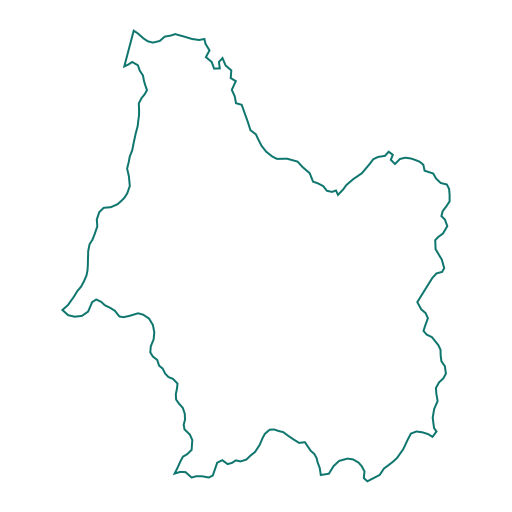 the district of Mogi Mirim, São Paulo, Brazil
{"feature_id": "56859067B62614874395589", "entity_name": "Mogi Mirim", "entity_type": "district", "adm_level": 2, "iso_a3": "BRA", "parent_name": "Brazil", "parent_adm1": "São Paulo", "projection": "robinson", "projection_center": [-46.995, -22.438], "detail": "fine", "context": "isolated", "style": "outline", "palette": "teal", "viewbox_px": 512, "rotation_deg": 0, "n_neighbors": 0, "source": "geoboundaries", "source_scale": "gbopen_adm2", "svg_char_len": 3211}
<svg xmlns="http://www.w3.org/2000/svg" viewBox="0 0 512 512"><path d="M174.6,473.6L180.1,471.9L185.5,472.1L191.6,477.5L196.5,476.2L202.3,476.3L208.8,477.5L212.8,475.5L215.0,469.1L217.2,462.7L222.3,460.2L227.6,464.1L232.0,462.9L235.7,460.4L240.6,461.4L246.3,459.6L250.5,455.6L255.0,452.0L259.6,445.0L262.7,437.8L264.9,433.8L269.7,429.7L274.2,429.5L278.6,431.0L283.2,432.1L288.6,436.1L294.3,439.9L299.1,442.9L304.9,442.2L310.8,450.9L314.2,453.8L316.6,458.1L317.7,462.7L319.7,467.8L320.8,475.0L328.9,473.7L333.5,466.2L339.1,460.9L347.5,458.6L353.0,459.4L358.6,462.6L361.7,466.2L364.5,471.4L363.8,478.1L367.4,481.3L379.7,474.9L383.9,468.6L389.5,464.4L393.0,461.7L397.1,457.9L403.3,449.1L407.7,439.7L410.9,433.6L416.4,431.5L422.3,432.3L428.1,434.1L432.5,436.8L436.5,431.5L434.0,427.9L432.7,417.6L434.2,408.9L437.6,401.1L436.3,393.4L435.9,388.0L439.1,382.3L443.3,378.4L445.9,373.7L444.9,366.3L441.4,361.2L440.7,355.8L440.5,349.7L438.3,345.1L431.9,337.1L426.7,334.6L423.5,330.9L425.2,325.6L427.9,318.2L425.6,313.1L421.2,309.3L417.3,302.1L432.3,278.0L436.5,273.4L442.1,271.9L444.2,268.1L441.8,259.6L439.2,255.3L435.6,249.2L435.2,240.2L438.3,236.9L442.9,233.6L447.3,226.1L444.9,219.5L441.4,216.1L442.7,211.1L446.2,206.5L449.6,201.4L449.6,194.9L449.1,189.0L446.9,184.5L440.7,183.0L436.1,178.6L433.2,173.5L424.6,170.7L423.3,164.7L419.6,161.7L414.6,159.7L410.5,158.4L405.2,157.7L399.9,159.0L395.0,164.0L390.8,159.8L392.8,154.8L388.7,151.7L384.9,155.9L378.2,156.9L373.3,159.2L369.4,164.3L361.9,173.2L353.3,179.1L346.4,185.0L343.3,189.3L338.0,194.9L336.0,190.5L332.0,191.9L326.9,190.8L323.2,186.1L317.6,183.2L313.1,181.7L309.7,173.2L302.5,167.0L297.6,161.6L287.0,158.7L277.0,158.9L272.4,156.6L266.2,151.7L261.6,145.9L258.0,138.9L255.9,134.3L250.5,130.3L247.7,121.6L244.4,112.4L241.7,104.8L236.0,103.2L234.7,96.2L231.8,89.9L235.8,81.1L230.7,78.1L231.3,70.4L225.6,65.5L222.5,58.1L218.9,62.0L219.8,68.4L214.1,68.6L211.7,62.0L205.9,57.1L209.5,50.4L205.5,43.8L204.4,39.0L199.1,40.0L192.1,39.0L185.2,36.9L175.2,34.1L170.6,35.6L164.8,36.6L159.7,41.0L152.9,42.6L147.8,41.3L143.6,38.5L137.4,33.1L133.7,30.7L124.3,66.4L128.2,64.6L132.2,62.0L137.9,65.3L139.8,70.7L143.0,75.6L143.9,80.6L145.4,85.7L147.0,90.1L144.6,94.4L141.6,98.0L138.8,103.4L139.1,110.0L139.0,115.6L138.3,120.6L137.7,126.0L135.7,133.5L133.7,142.8L132.2,150.4L129.8,156.4L128.7,162.2L127.1,168.6L128.9,176.3L129.8,186.0L127.3,193.2L124.4,197.8L121.1,201.1L117.6,204.2L110.8,207.2L103.7,207.8L99.3,212.1L96.8,219.5L97.3,226.4L94.6,234.3L92.4,239.8L89.6,244.2L88.2,251.0L87.8,265.8L87.5,270.4L86.5,275.4L83.8,281.6L81.0,286.8L77.5,290.8L73.9,296.7L67.9,305.1L62.4,310.0L68.2,315.2L74.6,316.7L81.9,315.9L88.1,311.6L92.2,302.1L96.2,299.5L101.1,301.8L104.8,305.2L110.3,307.9L114.9,310.8L119.4,316.5L123.5,317.2L130.1,315.7L138.0,313.3L143.0,314.6L149.0,318.5L152.9,325.0L154.3,332.3L153.6,339.5L150.8,346.3L150.3,352.4L152.8,356.5L157.2,359.9L159.1,365.7L162.7,368.6L165.1,373.5L168.4,377.0L173.0,378.9L177.5,383.6L177.0,388.5L175.8,394.2L176.1,399.5L178.8,403.4L182.8,407.9L184.8,413.8L185.0,419.7L183.7,424.8L184.5,429.4L189.9,434.6L192.3,440.1L191.6,449.9L187.2,454.2L183.0,456.6L180.6,461.0L177.3,468.3L174.6,473.6Z" fill="none" stroke="#0f766e" stroke-width="2"/></svg>